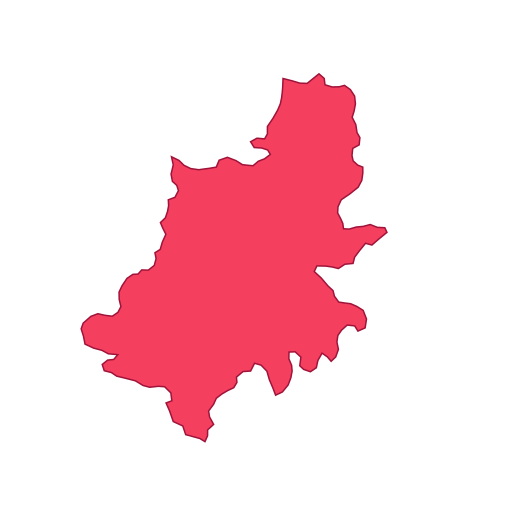 Santana do Deserto, Minas Gerais, Brazil, rotated 42°
{"feature_id": "56859067B9842068555783", "entity_name": "Santana do Deserto", "entity_type": "district", "adm_level": 2, "iso_a3": "BRA", "parent_name": "Brazil", "parent_adm1": "Minas Gerais", "projection": "mercator", "projection_center": [-43.18, -21.939], "detail": "fine", "context": "isolated", "style": "filled", "palette": "rose", "viewbox_px": 512, "rotation_deg": 42, "n_neighbors": 0, "source": "geoboundaries", "source_scale": "gbopen_adm2", "svg_char_len": 2589}
<svg xmlns="http://www.w3.org/2000/svg" viewBox="0 0 512 512"><g transform="rotate(42 256 256)"><path d="M363.7,346.3L366.6,339.4L366.2,330.4L363.4,323.2L359.8,317.3L355.6,313.4L349.2,310.4L344.8,305.3L349.2,301.0L357.0,301.1L362.0,308.3L367.3,308.4L373.9,305.6L375.6,298.7L371.9,292.2L370.1,284.0L376.5,283.2L382.3,284.0L382.8,277.7L379.7,270.2L373.7,265.8L370.0,260.3L369.2,253.8L370.0,246.3L376.1,241.9L382.0,243.6L385.2,236.4L380.3,228.9L372.0,224.7L364.7,226.0L358.3,228.1L353.3,231.6L348.3,234.9L341.2,233.4L336.4,230.2L329.4,230.1L319.2,228.7L309.7,228.6L307.9,222.6L314.5,216.9L320.1,213.1L325.6,210.2L327.6,202.6L333.1,196.6L330.1,190.9L329.4,183.2L328.9,173.3L334.8,170.3L335.9,161.3L337.5,150.8L332.8,148.8L327.0,153.5L319.8,156.2L315.9,162.2L311.1,167.4L307.2,173.7L302.8,177.2L298.7,173.7L293.4,171.4L287.9,169.4L284.0,164.6L281.7,157.1L284.2,147.0L285.9,136.5L284.0,129.0L279.9,122.9L275.9,118.5L270.7,120.4L264.5,120.3L260.1,117.1L255.9,111.3L258.3,104.4L254.0,98.5L248.5,96.7L242.3,91.6L234.7,88.6L231.8,82.4L228.1,76.4L222.3,71.2L214.8,69.2L207.6,70.0L204.6,74.6L199.5,79.4L192.7,82.6L187.9,78.4L180.9,78.5L179.9,84.7L178.5,93.5L172.9,98.2L165.9,101.5L157.3,106.0L162.3,112.0L165.7,116.4L169.1,121.2L172.3,126.7L174.5,133.2L176.5,142.4L177.8,152.1L182.8,157.7L184.0,163.2L177.9,167.8L175.5,174.7L182.1,176.6L187.9,172.0L193.7,169.4L198.7,170.9L197.3,178.1L194.3,184.0L193.4,190.9L189.0,194.2L184.8,197.2L177.3,198.5L168.7,201.8L164.5,209.5L167.0,216.5L162.6,222.1L159.0,226.3L155.7,230.2L149.0,234.7L141.8,236.8L134.8,236.5L126.8,238.8L133.5,243.6L138.1,252.0L144.0,256.5L149.8,256.5L154.6,259.3L156.5,266.6L153.2,272.9L157.4,277.1L160.4,282.0L163.1,288.2L162.6,295.1L167.7,297.5L174.5,300.2L177.1,308.4L180.4,315.2L178.7,321.2L183.5,324.8L186.7,331.1L185.4,338.6L180.4,342.8L180.4,348.4L176.8,352.0L175.1,358.9L176.4,367.9L178.4,374.5L183.5,379.9L189.5,384.0L191.1,390.3L189.5,396.9L183.5,401.1L177.1,404.7L173.7,411.3L172.5,421.5L174.8,427.1L181.5,431.1L187.9,435.9L197.0,433.1L204.6,429.2L211.7,427.5L219.3,421.8L219.5,428.1L215.4,432.6L214.3,439.5L220.0,442.8L226.5,439.4L232.9,438.5L239.3,435.0L249.8,429.5L258.7,427.8L264.8,424.7L270.6,418.2L275.6,414.3L284.3,414.7L290.3,419.9L287.5,425.4L295.3,428.9L305.3,434.4L315.3,431.3L323.3,435.8L336.4,429.2L342.3,428.1L340.3,422.0L336.4,417.6L337.2,409.5L329.2,406.7L324.5,402.9L323.7,394.5L321.7,388.3L323.0,381.3L325.0,375.0L327.6,368.8L326.4,362.7L322.5,359.1L323.7,350.5L329.0,345.1L326.7,336.7L332.8,333.7L341.2,334.3L348.7,339.0L356.7,342.7L363.7,346.3Z" fill="#f43f5e" stroke="#9f1239" stroke-width="1.5"/></g></svg>